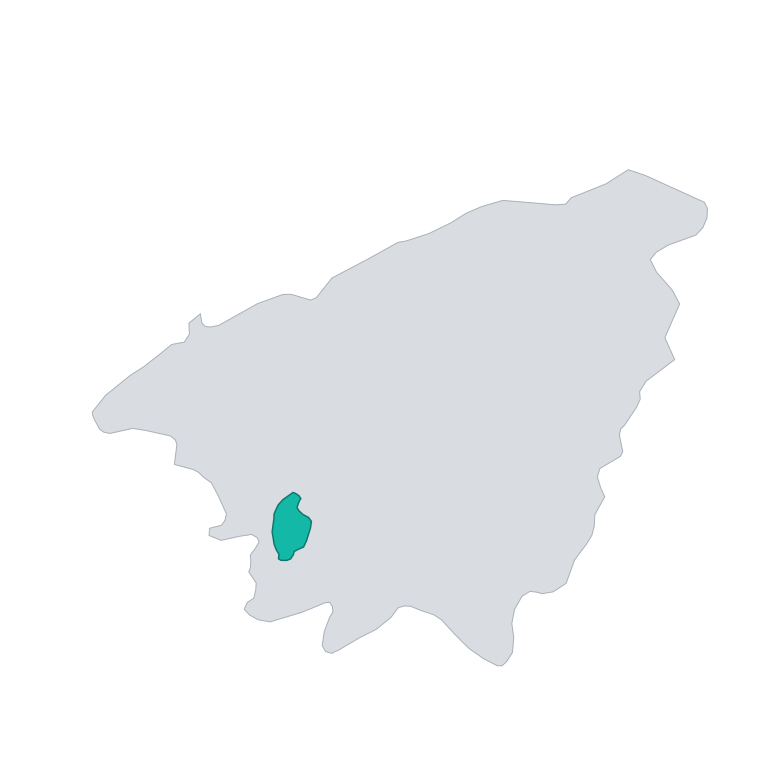 Bosnian Podrinje highlighted on a map of Bosnia and Herzegovina, rotated 106°
{"feature_id": "BIH-2891", "entity_name": "Bosnian Podrinje", "entity_type": "Canton", "adm_level": 1, "iso_a3": "BIH", "parent_name": "Bosnia and Herzegovina", "parent_adm1": "", "projection": "orthographic", "projection_center": [18.793, 43.673], "detail": "fine", "context": "in_parent", "style": "filled", "palette": "teal", "viewbox_px": 768, "rotation_deg": 106, "n_neighbors": 0, "source": "natural_earth", "source_scale": "10m", "svg_char_len": 2405}
<svg xmlns="http://www.w3.org/2000/svg" viewBox="0 0 768 768"><g transform="rotate(106 384 384)"><path d="M622.4,193.0L623.6,197.5L620.5,213.0L614.6,229.8L604.9,247.3L594.8,263.8L592.1,272.5L591.5,286.3L590.3,297.2L591.7,303.1L595.1,308.7L606.5,313.0L621.9,323.8L635.1,338.0L652.0,354.0L657.3,360.0L657.3,366.4L652.5,371.3L638.1,373.2L623.1,371.9L617.4,370.3L612.1,372.3L608.8,376.0L610.5,380.3L626.0,399.9L644.1,428.0L645.3,440.1L643.1,449.6L639.0,456.3L631.6,455.2L625.8,450.1L617.2,450.5L610.5,452.0L601.9,462.2L597.6,461.8L590.1,463.4L585.4,465.4L577.9,462.5L570.0,460.5L566.6,463.7L565.1,469.7L570.0,480.5L579.2,497.5L577.8,510.4L570.8,511.9L564.4,501.1L558.7,499.3L552.2,499.7L537.4,512.3L526.5,522.8L524.0,530.1L520.0,538.2L518.8,544.0L519.1,563.3L499.3,566.4L495.2,569.2L492.8,575.1L494.3,599.9L495.9,613.3L507.1,633.9L507.5,640.4L505.9,644.7L497.8,652.8L493.9,655.7L491.3,656.7L478.2,651.2L471.9,648.7L445.6,630.3L434.0,620.0L415.7,606.7L404.5,599.0L398.8,587.5L389.8,584.8L379.2,588.3L367.2,579.9L375.8,575.7L378.0,571.7L377.0,566.4L373.3,559.1L341.4,527.5L325.8,505.9L323.4,498.2L323.6,477.8L319.9,472.9L296.4,463.2L270.6,436.2L244.0,409.6L240.5,402.3L227.0,382.3L210.5,364.0L197.3,352.2L186.5,339.0L174.8,320.5L169.3,293.0L164.5,268.5L161.0,258.9L153.4,255.4L130.4,225.8L110.7,208.3L111.5,190.2L116.0,160.2L121.0,126.1L126.1,121.5L135.3,119.3L145.8,120.6L154.8,125.2L172.2,149.2L182.3,158.6L191.0,162.4L201.4,152.8L214.5,132.5L225.6,121.9L262.1,126.8L280.4,111.3L309.1,132.9L321.0,136.2L327.8,133.5L337.0,134.9L357.3,141.4L362.0,144.1L368.1,143.7L383.4,135.8L388.5,136.9L405.6,153.1L414.3,153.4L424.8,146.6L431.6,140.7L451.4,145.3L462.8,142.7L472.2,142.5L482.4,145.3L491.8,149.0L500.8,152.3L525.4,154.0L537.2,164.2L541.9,174.1L542.0,180.0L543.1,186.5L549.9,192.8L564.8,196.4L574.1,195.6L579.0,195.1L591.7,189.5L606.6,186.5L617.3,189.7L622.4,193.0Z" fill="#d9dde1" stroke="#a8b0b8" stroke-width="1"/><path d="M517.2,432.3L517.7,432.7L521.2,433.3L526.6,433.6L529.2,431.0L531.7,426.1L533.2,419.6L536.1,415.9L542.5,415.0L556.1,415.3L562.9,416.4L566.4,420.7L569.7,424.1L573.0,424.1L577.8,425.5L580.3,428.7L581.9,434.4L581.1,437.2L576.6,438.1L573.1,441.8L568.3,445.5L561.9,448.4L557.2,450.7L551.4,451.6L543.7,452.7L539.1,453.9L529.4,452.4L523.0,449.3L513.7,441.8L513.4,441.7L513.4,440.0L513.9,437.6L515.0,434.7L516.8,432.8L517.2,432.3Z" fill="#14b8a6" stroke="#0f766e" stroke-width="1.5"/></g></svg>